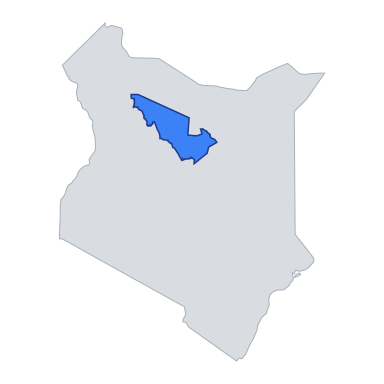 location of Laisamis, Eastern, Kenya
{"feature_id": "3690345B46270372847124", "entity_name": "Laisamis", "entity_type": "district", "adm_level": 2, "iso_a3": "KEN", "parent_name": "Kenya", "parent_adm1": "Eastern", "projection": "albers", "projection_center": [37.15, 2.304], "detail": "fine", "context": "in_parent", "style": "filled", "palette": "blue", "viewbox_px": 384, "rotation_deg": 0, "n_neighbors": 0, "source": "geoboundaries", "source_scale": "gbopen_adm2", "svg_char_len": 7111}
<svg xmlns="http://www.w3.org/2000/svg" viewBox="0 0 384 384"><path d="M59.5,238.8L59.4,233.1L60.2,218.7L60.2,206.1L60.9,199.7L64.1,195.7L65.5,192.8L66.5,188.8L68.2,185.4L71.9,182.7L72.6,181.3L76.5,176.7L78.9,170.9L80.7,169.0L82.9,167.1L84.5,166.2L87.1,165.2L89.1,164.7L89.4,164.2L89.6,163.3L89.0,159.7L89.8,158.5L91.2,156.1L92.8,153.9L94.2,152.4L95.0,151.0L95.4,148.4L95.5,146.7L95.4,143.7L95.0,137.0L93.3,131.5L92.3,125.2L93.1,123.2L91.8,119.5L91.1,119.3L90.1,118.5L88.7,115.1L87.7,111.9L87.1,111.1L82.6,108.3L80.4,101.9L77.9,100.4L76.6,93.9L76.4,92.1L77.8,85.7L77.6,84.2L76.2,82.8L72.0,81.4L68.6,78.8L69.0,77.9L69.3,76.9L67.5,76.2L62.4,65.2L69.1,58.6L75.8,51.9L84.4,43.5L92.4,35.7L99.2,29.0L105.3,23.0L105.1,24.2L105.2,25.7L105.9,26.6L107.2,27.3L108.9,26.6L110.4,25.7L111.9,25.5L121.1,28.0L122.6,30.2L122.5,32.5L122.9,34.2L122.2,35.9L121.4,41.1L121.7,45.8L124.4,49.3L126.8,52.1L128.8,55.9L130.2,57.1L132.2,57.7L138.5,57.9L147.8,58.1L156.8,58.4L157.6,58.5L159.5,59.0L167.8,64.2L175.3,69.0L181.7,73.2L187.9,77.2L194.0,81.1L198.7,84.4L203.3,85.3L210.8,85.8L216.0,86.0L220.8,87.3L227.9,88.6L233.3,89.2L236.5,90.0L245.4,90.7L246.9,90.3L250.8,86.6L255.2,80.8L256.9,77.5L262.6,74.3L272.6,69.8L279.7,66.6L287.5,63.4L291.1,66.2L296.0,70.6L298.2,72.7L300.0,73.7L302.6,74.3L305.9,74.3L307.7,74.2L311.3,73.6L319.8,73.1L324.6,73.1L320.6,79.0L315.7,86.0L306.7,99.0L299.9,105.8L294.7,111.0L294.3,111.9L294.3,117.6L294.4,131.6L294.6,159.7L294.8,187.7L295.0,215.7L295.1,229.6L295.1,234.3L299.7,240.2L304.2,245.9L310.1,253.5L313.3,257.6L313.8,258.9L313.7,261.6L308.9,267.4L304.9,270.0L299.5,271.2L297.9,271.0L295.8,270.2L295.0,271.5L294.4,273.7L293.2,273.2L292.3,272.6L292.8,276.4L293.4,278.2L292.6,280.8L290.0,283.0L289.8,284.8L284.2,289.7L276.2,290.3L272.0,292.7L270.1,294.7L268.7,299.0L269.2,305.6L267.0,310.7L266.6,313.3L262.5,316.6L260.6,319.6L259.3,322.7L258.1,324.1L256.7,331.0L254.8,335.2L254.3,336.6L253.8,337.9L252.3,340.3L251.4,342.0L250.7,343.1L245.8,353.9L242.0,358.7L239.0,358.2L237.1,360.1L236.8,361.0L235.8,360.5L233.3,358.7L228.2,355.1L223.0,351.4L217.9,347.8L212.8,344.1L207.6,340.5L202.5,336.9L197.4,333.2L192.2,329.6L189.2,327.4L187.9,326.2L186.9,323.6L186.3,323.0L185.0,322.2L183.4,322.0L182.9,321.6L182.9,320.3L183.5,318.6L185.4,315.2L185.6,313.3L185.2,311.0L184.6,307.4L184.1,306.6L180.7,304.7L173.6,300.8L166.5,296.9L159.4,292.9L152.3,289.0L145.2,285.0L138.0,281.1L130.9,277.2L123.8,273.2L116.7,269.3L109.6,265.3L102.5,261.3L95.4,257.4L88.3,253.4L81.3,249.5L74.2,245.5L67.1,241.5L64.4,240.0L62.0,238.8L59.5,238.8ZM295.8,277.1L294.6,277.4L295.2,275.4L298.8,273.0L300.3,273.5L300.6,274.1L300.5,274.6L299.9,275.1L295.8,277.1Z" fill="#d9dde1" stroke="#a8b0b8" stroke-width="1"/><path d="M216.8,142.4L216.7,142.1L216.5,141.8L216.0,141.1L215.8,140.7L215.6,140.6L215.1,140.0L214.7,139.6L214.1,139.1L213.2,138.7L211.9,138.3L211.7,138.2L211.2,137.9L210.6,137.4L210.6,137.1L210.6,136.9L210.5,136.7L210.4,136.5L210.3,136.3L210.3,136.2L210.2,136.1L210.1,135.8L210.1,135.7L210.2,135.0L210.2,134.8L209.9,134.7L209.8,134.4L209.7,134.3L209.7,134.2L209.5,133.8L209.2,133.7L208.9,133.7L208.7,133.5L208.5,133.4L208.4,133.2L208.0,132.9L208.0,133.0L207.9,133.0L207.8,132.9L207.5,132.9L207.4,132.8L207.4,132.2L207.1,131.9L207.0,131.5L206.7,131.3L206.6,131.2L206.4,131.2L206.0,130.8L205.9,130.8L205.8,130.7L205.7,130.7L205.3,130.6L205.1,130.6L204.9,130.4L204.6,130.1L204.4,130.1L203.9,129.8L203.8,129.7L203.5,129.4L203.2,129.3L203.0,129.2L202.7,128.9L202.4,128.8L202.2,129.0L201.7,129.1L201.4,129.1L201.2,129.2L200.6,129.1L201.7,132.9L202.0,133.9L197.1,135.8L192.2,135.5L187.8,135.0L189.1,117.8L138.0,94.5L131.2,94.5L131.2,98.0L131.5,98.1L131.7,98.3L131.8,98.4L132.0,98.4L132.3,98.4L132.4,98.5L132.5,98.5L132.8,98.6L133.1,98.6L133.3,98.7L133.4,98.8L133.7,98.9L134.1,99.0L134.2,98.9L134.1,98.7L134.3,98.5L134.5,98.8L134.4,99.6L134.4,99.9L134.1,100.7L134.0,100.9L134.1,101.0L134.3,101.2L134.4,101.3L134.5,102.1L134.4,102.8L134.5,102.9L134.5,103.1L134.4,103.4L134.3,103.5L134.2,103.5L134.1,103.9L134.2,104.0L134.2,104.4L134.1,104.7L134.1,104.8L134.0,105.0L134.0,105.3L134.0,105.5L133.8,105.6L133.7,105.8L133.6,106.0L133.6,106.3L133.6,106.6L133.8,106.6L133.7,106.7L133.8,106.7L134.0,106.6L134.0,106.8L133.9,106.9L133.9,107.0L134.0,106.9L134.7,107.0L134.9,107.0L135.1,107.0L135.4,107.0L135.8,107.0L136.1,107.2L136.6,107.3L136.8,107.4L137.0,107.3L137.6,107.6L137.8,107.5L137.9,107.4L137.9,107.2L138.0,107.2L138.0,107.4L138.1,107.7L138.1,107.9L138.1,108.1L138.3,108.5L138.4,108.9L138.5,109.1L138.8,109.5L139.1,109.6L139.4,109.6L139.8,109.9L140.1,110.1L140.5,110.2L140.9,110.5L141.3,110.5L141.5,110.6L141.6,110.9L142.1,111.3L142.2,111.6L142.3,111.6L142.3,112.0L142.7,112.8L142.9,113.0L143.0,113.3L143.1,113.5L143.3,113.8L143.4,114.0L143.4,114.4L143.4,114.7L143.5,114.9L143.7,115.3L143.8,115.4L144.0,115.5L144.3,115.7L144.2,115.9L144.0,116.2L143.9,116.3L143.8,116.6L143.9,116.9L143.9,117.4L143.9,117.5L144.0,117.8L144.0,118.1L144.1,118.4L144.3,118.6L144.5,118.8L144.8,118.9L145.1,118.9L145.2,119.0L145.7,119.9L145.8,120.1L146.4,120.4L146.5,120.6L146.7,121.1L146.8,121.5L147.0,121.8L147.0,122.3L147.1,122.6L147.0,122.8L146.9,123.1L147.0,123.3L147.0,123.5L146.9,123.8L146.8,124.4L146.9,124.5L147.1,124.8L147.3,125.6L147.5,125.8L147.8,125.9L148.0,126.0L148.2,125.9L148.3,125.7L148.5,125.8L148.7,125.7L148.8,125.7L149.0,125.6L149.1,125.4L149.4,125.7L149.5,125.8L149.5,126.0L149.9,126.0L150.0,125.9L150.1,125.7L150.1,125.4L150.4,125.5L150.5,125.6L150.7,125.8L150.6,126.2L150.8,125.7L150.8,125.3L150.9,125.5L151.0,125.5L151.0,125.3L151.3,125.2L151.4,124.9L151.7,124.5L151.8,124.3L152.2,124.0L152.3,123.9L152.6,124.1L152.7,123.9L152.6,123.6L152.8,123.4L152.7,123.0L152.8,122.7L152.7,122.2L152.8,122.1L153.0,122.3L153.6,122.2L153.8,122.2L154.0,122.1L154.3,122.1L154.5,122.0L154.8,122.8L155.0,123.1L157.5,130.0L157.8,130.4L158.1,130.7L159.1,132.7L159.1,132.8L159.4,134.0L159.8,135.0L159.7,135.7L159.8,135.8L159.9,136.4L160.0,137.2L160.0,137.4L160.0,137.5L160.0,138.0L159.9,138.4L159.9,138.6L160.0,138.6L160.6,138.4L160.9,138.3L161.0,138.4L161.3,138.6L161.9,138.9L162.5,139.2L162.9,139.7L163.0,139.7L165.1,139.8L165.3,139.8L165.7,140.0L166.5,140.2L166.7,140.3L167.1,140.3L167.7,140.4L167.9,140.4L168.0,140.4L168.0,141.0L168.3,141.6L168.5,141.8L169.9,142.8L170.3,143.3L170.5,143.5L170.8,143.5L171.7,143.5L172.7,147.3L172.8,147.5L174.1,148.0L174.5,148.2L176.2,150.8L178.4,154.1L179.2,155.8L181.2,159.3L181.3,159.3L181.4,159.5L181.5,159.5L181.7,159.8L181.8,159.8L182.0,160.0L181.9,160.3L182.2,160.2L182.2,159.9L182.3,159.8L182.5,159.7L182.6,159.4L182.7,159.9L182.9,160.0L183.2,159.9L183.3,159.9L183.3,159.7L183.6,159.7L183.9,159.4L184.2,159.2L184.4,159.1L184.5,159.3L184.6,159.2L184.9,159.2L185.0,159.1L185.3,159.2L185.7,159.1L186.4,158.9L186.6,158.9L186.8,158.9L187.1,158.9L187.5,158.7L187.8,158.8L188.0,158.7L188.3,158.7L188.5,158.8L188.5,158.7L188.8,158.6L189.1,158.7L189.5,158.6L189.8,158.4L190.1,158.5L190.2,158.4L190.3,158.3L190.7,158.3L190.7,158.2L190.8,157.9L190.8,157.7L190.9,157.4L191.0,157.2L194.3,159.6L194.1,163.7L196.4,161.9L203.9,155.8L207.2,153.2L208.6,147.1L216.8,142.4Z" fill="#3b82f6" stroke="#1e3a8a" stroke-width="1.5"/></svg>